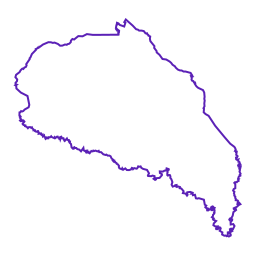 Lue Amnat, Amnat Charoen, Thailand (Albers equal-area conic projection)
{"feature_id": "78962969B36104557802135", "entity_name": "Lue Amnat", "entity_type": "district", "adm_level": 2, "iso_a3": "THA", "parent_name": "Thailand", "parent_adm1": "Amnat Charoen", "projection": "albers", "projection_center": [104.71, 15.697], "detail": "fine", "context": "isolated", "style": "outline", "palette": "violet", "viewbox_px": 256, "rotation_deg": 0, "n_neighbors": 0, "source": "geoboundaries", "source_scale": "gbopen_adm2", "svg_char_len": 5833}
<svg xmlns="http://www.w3.org/2000/svg" viewBox="0 0 256 256"><path d="M45.6,138.9L46.7,137.7L47.1,138.3L48.3,138.3L48.5,137.2L50.0,137.3L51.1,136.3L51.4,136.9L54.5,138.2L54.8,137.2L55.6,137.9L56.9,136.7L57.7,136.6L58.2,137.7L59.0,137.9L59.3,138.8L60.1,138.4L60.3,139.2L60.7,138.0L60.4,137.0L61.3,136.7L61.9,138.2L63.4,138.2L63.6,139.3L65.0,139.8L64.4,140.7L64.7,141.0L66.9,138.5L67.5,139.9L68.9,140.1L68.9,141.5L70.0,141.5L69.8,142.9L71.0,144.0L71.6,147.4L73.1,148.8L73.8,148.6L73.8,147.5L74.4,147.2L75.0,148.0L76.3,148.0L77.3,149.1L79.3,149.6L81.0,151.3L83.4,147.9L83.8,150.4L85.6,151.5L86.0,150.7L86.9,150.6L86.3,152.5L86.9,152.7L88.5,151.8L88.9,152.9L89.6,153.3L91.3,151.0L92.1,151.4L92.9,151.3L93.3,150.6L94.4,151.0L95.5,150.6L97.3,151.4L98.7,150.8L99.2,152.1L101.2,152.2L103.3,154.3L105.6,155.0L106.4,154.6L107.7,155.6L109.4,155.6L110.6,156.3L111.6,158.5L112.9,159.5L112.7,160.1L113.9,160.4L113.4,161.3L114.1,161.9L115.1,161.7L115.4,162.5L116.5,163.0L116.7,163.8L117.9,164.4L119.0,165.9L118.8,166.9L119.4,168.3L121.9,169.3L122.3,168.3L123.2,169.7L125.3,168.4L126.8,170.0L129.0,170.1L130.9,169.5L131.9,167.9L132.4,168.1L133.0,169.2L134.2,168.1L136.5,168.7L137.2,168.4L138.2,166.4L138.9,166.8L140.6,166.4L141.3,167.8L143.1,168.9L147.0,169.9L149.0,173.3L147.9,175.4L148.1,176.0L151.3,176.2L152.4,175.6L154.5,176.1L154.7,177.8L153.6,178.8L155.1,179.9L156.0,179.4L156.3,178.2L159.6,177.9L161.9,175.2L161.9,174.2L159.9,173.0L159.8,171.4L162.8,171.6L164.6,170.6L166.2,170.5L166.6,168.4L168.7,169.1L168.8,169.7L167.2,170.9L167.7,172.0L167.3,172.9L167.3,175.1L167.9,175.6L168.9,175.0L169.9,175.1L170.4,176.3L170.3,177.9L171.3,179.1L172.4,182.1L171.6,184.7L172.7,186.6L174.8,185.9L175.2,185.2L176.5,185.0L176.3,186.7L176.9,187.0L177.9,186.4L179.9,187.0L179.7,188.2L181.3,188.5L183.6,191.2L182.9,193.1L185.6,193.6L187.0,195.6L187.6,194.8L186.9,193.2L187.2,192.3L190.2,191.9L192.4,192.7L191.5,193.7L192.7,193.7L192.9,195.2L195.0,194.8L195.9,198.3L197.5,198.6L198.8,198.2L203.9,199.7L204.8,204.7L206.3,205.6L205.3,207.2L205.9,207.8L207.9,208.5L207.0,209.9L207.2,210.4L208.3,210.4L209.7,209.3L210.9,208.9L211.4,210.1L212.3,210.1L212.5,209.2L211.1,207.3L212.4,206.4L213.2,206.7L213.4,207.6L214.6,207.9L213.9,209.5L214.6,210.2L214.3,211.0L214.6,212.1L214.0,212.8L214.3,213.5L213.0,214.9L213.0,216.0L211.9,217.2L213.7,218.4L213.0,219.3L213.2,219.7L216.1,221.0L213.8,223.4L213.4,225.2L215.4,226.5L217.4,226.4L216.0,228.8L216.2,229.1L217.9,229.1L219.2,227.3L220.3,227.6L220.7,228.5L219.7,230.8L222.4,232.4L222.1,234.5L224.3,235.7L225.8,235.5L226.6,236.2L227.8,235.9L228.9,236.5L230.7,235.5L230.7,234.4L230.0,233.3L227.8,233.9L227.8,232.4L231.0,231.8L232.3,231.0L231.9,230.4L231.1,230.9L230.4,230.7L230.0,230.3L229.9,229.2L231.1,228.6L233.0,229.1L234.5,226.0L233.3,224.1L230.7,224.5L230.6,222.2L232.1,220.3L232.2,219.4L231.2,218.9L229.6,220.1L229.3,219.5L230.0,218.5L231.4,218.0L232.7,215.7L233.4,212.1L236.1,210.0L235.7,208.7L234.7,209.6L233.8,209.0L233.7,208.3L236.7,206.9L238.8,205.0L240.4,204.2L239.2,202.8L237.8,204.2L237.4,204.1L238.0,200.9L237.5,200.4L235.7,200.2L235.8,198.7L235.2,197.9L235.3,196.6L234.3,195.6L234.4,194.5L233.9,193.3L234.4,191.8L233.1,190.6L233.7,189.1L235.3,188.2L235.3,184.2L234.3,182.9L235.0,182.2L236.8,182.2L237.0,181.7L238.6,180.9L238.2,179.6L238.8,179.0L238.1,178.7L238.8,176.6L240.3,175.7L239.7,174.9L240.6,173.8L239.5,171.7L239.9,170.6L239.4,168.8L240.1,168.9L240.5,167.2L239.9,167.6L239.6,166.6L239.0,166.5L239.6,165.6L238.4,166.0L238.1,165.6L238.3,165.1L238.8,165.2L238.6,164.4L239.9,163.5L239.4,162.0L238.4,161.7L238.5,161.0L238.0,160.3L238.3,159.5L237.1,159.9L236.2,159.3L236.0,157.6L237.0,157.5L237.6,156.2L236.2,154.8L236.7,151.8L235.9,151.9L235.8,150.8L235.1,150.8L235.7,149.5L235.1,148.0L234.3,146.8L230.2,143.7L224.6,137.2L215.1,125.7L208.6,115.8L205.6,114.1L203.7,112.3L204.0,108.7L203.5,108.2L204.5,106.3L204.3,103.3L204.7,100.6L204.3,98.8L204.6,96.9L204.2,92.5L203.0,90.1L198.1,87.8L196.4,86.3L194.9,84.0L195.3,83.3L194.9,82.4L194.0,82.5L193.3,81.1L192.0,80.6L191.5,79.5L191.8,78.0L191.3,76.8L192.4,76.5L191.2,75.4L192.0,75.1L190.6,72.9L185.4,71.5L183.5,71.5L181.7,70.5L179.9,70.4L177.9,69.6L175.7,67.6L175.0,66.4L172.5,64.7L171.2,62.9L169.6,61.5L166.2,59.5L162.5,59.0L159.5,54.8L156.7,52.4L156.6,51.1L154.2,47.9L154.4,46.1L150.4,41.2L149.9,38.9L150.2,36.5L148.4,35.6L148.3,34.9L147.3,34.3L147.1,33.3L145.5,33.3L143.8,31.1L141.6,30.6L139.1,30.6L138.0,29.7L136.1,29.2L132.7,25.6L125.8,19.5L124.3,22.1L125.4,22.7L124.2,26.5L119.7,24.9L118.5,23.4L117.0,22.8L116.9,23.4L117.5,23.5L117.6,24.3L116.4,25.1L115.9,28.1L116.5,28.5L116.2,29.4L117.0,30.2L117.7,29.7L119.1,30.7L119.0,31.9L118.3,32.1L118.8,32.6L118.1,33.9L118.6,34.2L118.5,34.7L93.0,34.9L86.9,34.1L82.6,36.3L78.3,36.1L74.1,39.5L72.4,39.0L70.9,40.7L70.8,42.1L69.3,43.7L67.4,44.2L66.8,44.8L65.0,44.5L62.4,45.6L60.1,45.7L58.0,44.0L54.6,42.6L52.8,42.9L51.0,42.3L48.4,42.2L43.0,44.5L39.9,46.8L39.3,46.7L38.6,47.8L37.8,47.6L37.3,48.4L35.7,49.1L35.9,49.9L31.9,54.0L30.4,57.5L29.6,58.3L29.7,59.1L26.2,64.2L26.6,65.3L25.9,66.9L24.5,67.5L23.4,68.9L22.9,68.5L22.2,68.7L20.5,70.4L19.6,72.1L16.1,74.8L15.4,77.2L17.2,79.4L17.0,81.1L15.5,82.9L15.6,84.1L16.7,84.6L15.4,85.3L16.2,85.8L16.4,88.5L20.9,92.6L27.5,96.0L29.3,104.9L28.6,107.3L24.7,109.5L23.3,111.0L22.1,111.5L21.1,111.1L20.3,112.2L19.5,112.4L19.4,115.3L20.1,115.9L19.8,116.6L20.6,116.9L20.1,118.0L21.2,119.4L20.0,120.5L20.6,121.1L21.2,120.8L22.0,121.2L22.7,120.4L23.4,120.4L24.4,121.6L22.6,123.9L23.4,124.9L25.3,125.4L25.1,126.2L26.7,126.8L27.9,128.2L28.8,127.2L30.2,127.1L31.1,127.8L31.9,127.3L32.4,128.5L33.6,129.5L33.5,130.3L35.0,130.3L35.0,131.1L35.9,131.6L37.2,131.8L37.5,131.1L38.1,131.1L38.3,132.3L38.8,132.5L38.6,133.8L41.0,133.3L41.4,134.0L41.1,134.5L42.2,135.4L42.7,134.9L43.0,136.4L44.1,135.5L44.3,136.7L45.6,137.4L45.3,138.5L45.6,138.9Z" fill="none" stroke="#5b21b6" stroke-width="2"/></svg>